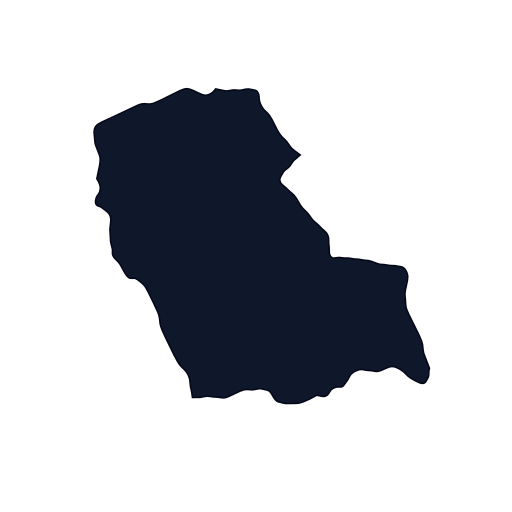 outline of El Cercado, San Juan, Dominican Republic, rotated 334°
{"feature_id": "3306468B41168482841480", "entity_name": "El Cercado", "entity_type": "district", "adm_level": 2, "iso_a3": "DOM", "parent_name": "Dominican Republic", "parent_adm1": "San Juan", "projection": "equal_earth", "projection_center": [-71.477, 18.706], "detail": "fine", "context": "isolated", "style": "filled", "palette": "ink", "viewbox_px": 512, "rotation_deg": 334, "n_neighbors": 0, "source": "geoboundaries", "source_scale": "gbopen_adm2", "svg_char_len": 3731}
<svg xmlns="http://www.w3.org/2000/svg" viewBox="0 0 512 512"><g transform="rotate(334 256 256)"><path d="M227.9,406.3L230.9,407.3L235.6,407.9L241.6,408.1L249.5,407.8L254.1,411.3L255.7,412.1L256.7,412.4L258.5,412.4L259.5,412.2L261.1,411.4L264.2,409.5L265.1,409.2L267.0,408.8L269.0,408.8L270.8,409.1L272.5,409.8L274.7,410.9L276.3,411.3L277.8,410.9L283.4,408.0L285.1,406.9L288.2,404.6L290.0,403.8L292.0,403.3L294.0,403.1L297.0,403.2L299.0,403.5L300.9,404.2L301.8,404.7L305.8,407.6L309.3,409.6L313.2,412.4L315.0,413.2L318.0,413.7L325.1,414.0L327.1,414.2L329.1,414.7L331.0,415.7L331.9,416.4L333.5,418.0L335.0,419.9L336.3,421.9L338.0,425.1L340.0,430.7L341.1,432.9L343.0,435.9L345.1,438.8L347.2,441.4L348.7,442.9L350.4,443.8L351.3,444.0L352.1,443.9L352.9,443.7L354.4,442.9L357.9,440.3L359.1,438.8L360.9,435.3L362.7,433.0L364.1,417.2L365.0,413.8L366.9,408.6L367.6,404.7L367.9,397.8L367.8,375.2L368.0,371.0L368.3,368.4L369.0,366.0L371.1,360.9L372.3,357.6L373.3,355.3L375.3,352.2L381.4,344.4L383.3,341.2L383.8,340.0L384.3,337.6L384.4,335.2L384.1,332.9L383.8,331.9L383.3,330.9L382.0,329.4L376.7,325.6L372.4,323.3L367.5,319.9L364.0,317.9L362.3,316.5L357.5,311.5L355.0,309.3L351.5,307.2L346.7,303.8L343.2,301.8L338.3,298.4L334.7,296.6L329.9,293.6L324.9,291.9L324.2,291.4L323.6,290.7L323.1,289.7L322.9,288.7L322.9,287.6L323.0,286.5L323.6,284.6L325.3,281.0L326.9,276.7L329.1,271.8L329.6,269.5L329.6,267.1L329.4,265.9L328.7,263.8L327.1,259.8L325.6,255.3L323.4,250.2L322.7,248.0L321.6,241.9L321.1,239.6L319.2,234.3L318.6,232.0L318.2,229.5L317.6,221.9L316.9,218.3L316.1,216.1L314.4,212.1L312.8,207.7L311.1,203.9L310.5,202.0L310.3,200.9L310.4,199.8L310.6,198.7L310.9,197.7L311.5,196.9L312.8,195.7L317.3,192.6L319.1,191.8L323.9,190.7L325.7,190.1L329.9,187.7L331.7,186.8L340.1,184.6L336.8,178.2L335.4,175.0L334.8,172.7L333.8,166.6L333.1,164.4L331.6,160.3L330.8,156.6L330.4,152.5L330.2,140.1L329.8,136.1L329.3,133.6L327.1,127.3L326.7,123.6L326.7,121.1L327.0,118.7L327.6,116.6L328.7,113.9L329.3,112.0L329.4,109.9L329.2,108.8L328.9,107.8L327.7,106.4L322.6,102.6L319.9,101.5L315.1,100.3L313.3,99.5L309.2,97.1L307.3,96.4L303.5,95.3L301.6,94.6L300.0,93.5L293.0,88.1L289.7,89.6L286.7,90.2L283.7,90.1L281.7,89.6L280.8,89.2L278.9,87.8L277.3,86.1L271.9,79.4L269.4,76.8L267.6,75.5L266.6,75.0L264.5,74.4L260.3,74.0L237.8,74.1L231.0,73.8L228.9,73.4L226.8,72.7L222.7,70.3L220.8,69.5L218.7,68.9L215.3,68.6L191.2,68.3L176.2,68.0L171.8,68.2L169.6,68.8L167.8,69.8L166.3,71.2L164.6,73.9L161.4,82.3L160.7,84.5L160.3,87.1L159.5,96.7L158.9,99.4L158.4,100.6L157.2,102.9L155.1,106.0L146.8,116.7L147.0,120.8L146.8,123.3L146.3,125.7L145.3,127.6L143.4,130.0L141.8,131.1L139.3,132.5L137.7,133.8L135.8,136.2L135.0,138.1L134.9,139.2L135.1,140.2L135.4,141.0L135.8,141.6L137.9,143.8L138.4,144.5L141.5,150.8L142.2,152.9L142.4,154.1L142.4,156.5L142.1,157.7L141.3,160.0L136.3,168.1L131.9,178.6L131.2,180.8L129.8,187.3L127.9,191.0L127.6,192.9L127.6,194.0L127.9,196.0L129.6,201.0L130.1,203.5L130.3,206.2L130.7,214.2L131.3,217.8L132.2,219.8L132.8,220.5L134.2,221.4L137.1,222.8L137.8,223.4L138.9,224.9L141.2,229.5L142.4,232.6L143.0,235.4L143.2,238.3L143.3,242.7L143.3,253.1L143.1,263.4L142.8,266.2L142.2,268.9L140.0,275.2L139.5,277.8L139.1,282.0L138.9,289.1L138.9,309.4L139.2,316.5L139.5,319.3L140.1,321.9L141.9,327.1L142.5,329.3L142.8,331.8L142.8,334.3L142.3,337.9L140.0,344.1L138.5,350.1L136.8,355.3L143.5,358.5L149.2,360.1L151.1,360.8L155.9,364.0L159.5,366.0L163.5,368.7L165.3,369.6L167.3,370.1L169.4,370.3L182.4,370.5L186.6,371.0L189.5,372.1L193.6,374.5L195.4,375.2L200.2,376.5L202.0,377.3L207.2,381.4L208.4,382.8L208.9,383.8L209.4,385.9L209.9,391.5L210.3,393.6L211.1,395.6L211.6,396.4L215.9,400.1L218.3,401.8L227.9,406.3Z" fill="#0f172a" stroke="#020617" stroke-width="1.5"/></g></svg>